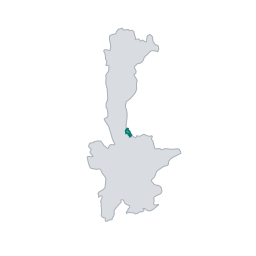 location of Pakxane, Bolikhamxai, Laos, rotated 219°
{"feature_id": "54806243B37917799339304", "entity_name": "Pakxane", "entity_type": "district", "adm_level": 2, "iso_a3": "LAO", "parent_name": "Laos", "parent_adm1": "Bolikhamxai", "projection": "mercator", "projection_center": [103.742, 18.405], "detail": "fine", "context": "in_parent", "style": "filled", "palette": "teal", "viewbox_px": 256, "rotation_deg": 219, "n_neighbors": 0, "source": "geoboundaries", "source_scale": "gbopen_adm2", "svg_char_len": 4773}
<svg xmlns="http://www.w3.org/2000/svg" viewBox="0 0 256 256"><g transform="rotate(219 128 128)"><path d="M94.4,43.9L95.4,45.9L100.4,51.2L101.3,52.6L103.1,53.7L104.6,58.4L105.2,58.7L106.1,58.4L106.7,57.7L107.2,55.9L107.5,55.7L108.1,57.2L109.5,57.7L110.1,58.3L110.3,59.4L110.1,60.6L108.9,63.3L108.2,66.9L113.1,74.5L115.1,75.6L119.9,76.8L123.2,78.5L124.8,78.1L126.2,76.2L128.0,75.2L131.2,73.5L132.2,73.4L134.0,74.1L136.9,76.0L141.4,79.6L141.2,80.5L140.4,81.4L138.0,82.8L137.3,83.8L137.7,84.1L139.7,84.3L142.1,85.1L142.8,86.1L143.2,88.2L143.6,88.6L145.8,88.3L146.5,88.6L147.2,89.3L148.0,91.1L148.0,92.4L145.8,94.7L145.6,96.1L144.4,97.8L141.5,100.5L140.7,100.7L135.2,99.2L130.8,99.4L130.5,100.0L131.2,101.6L131.4,103.3L130.7,104.5L128.2,106.2L128.1,106.9L128.7,107.6L132.3,109.1L143.9,117.0L149.2,118.6L151.6,119.6L152.2,120.1L152.2,120.8L151.5,121.7L151.0,123.3L151.0,124.2L151.6,125.1L152.5,126.4L155.8,129.4L158.1,130.2L160.6,133.6L161.4,136.6L162.6,138.5L168.6,145.0L173.7,149.0L176.7,153.3L178.1,154.3L178.6,155.8L179.0,160.3L180.7,162.6L181.1,163.5L181.8,164.2L182.7,164.3L184.4,162.8L184.8,163.0L185.6,165.4L186.3,166.3L189.0,167.7L191.8,170.6L193.3,171.6L195.2,172.4L195.5,173.3L195.2,174.3L194.6,174.9L191.3,176.5L190.8,177.2L193.0,180.9L198.5,185.4L200.2,188.1L199.8,189.4L198.3,192.0L197.2,192.7L196.9,193.6L197.7,195.7L197.6,199.0L196.6,199.8L195.6,201.8L194.9,202.0L193.3,201.2L189.8,204.7L188.2,204.5L186.5,206.5L184.2,206.7L182.6,205.3L179.3,203.0L178.1,201.5L177.1,202.8L175.3,204.0L172.8,203.5L172.2,205.3L171.7,205.6L168.7,205.9L168.1,206.2L168.6,207.8L170.4,210.4L170.9,212.0L169.8,214.5L166.7,214.4L165.3,213.4L163.5,211.3L159.5,209.9L156.9,210.8L156.1,210.8L154.1,209.0L153.3,207.8L152.9,206.1L155.9,204.7L157.5,203.6L158.5,202.5L158.9,201.3L159.4,196.3L159.8,194.5L159.6,192.3L158.8,190.6L158.8,188.1L159.2,186.0L160.4,185.0L161.2,183.5L161.6,180.1L161.3,179.3L160.1,178.5L158.2,177.7L157.0,176.7L156.5,175.5L156.6,174.5L157.1,173.6L155.7,172.5L152.2,171.4L150.3,170.1L149.9,168.6L148.4,166.5L145.9,164.0L144.6,160.4L144.5,155.7L144.8,151.8L145.8,147.3L144.4,144.1L142.8,142.4L140.5,141.1L138.4,139.3L136.4,137.0L134.0,133.5L131.2,128.9L129.3,126.8L128.3,127.3L126.2,126.9L123.1,125.6L120.4,124.8L118.1,124.7L116.6,125.0L115.9,125.7L115.8,126.4L116.4,127.1L116.1,127.7L114.9,128.0L113.9,128.8L112.8,130.5L112.1,132.7L110.9,133.5L109.1,133.7L107.4,134.4L105.7,135.4L104.9,136.2L104.9,136.8L104.6,136.9L103.7,136.6L103.3,135.9L103.4,134.7L102.5,134.0L100.7,133.6L98.7,132.3L94.8,129.2L93.9,129.0L92.6,129.8L90.9,131.6L89.5,132.3L88.5,132.0L87.6,132.6L87.0,134.2L85.9,135.5L80.7,138.9L76.0,143.3L74.8,143.7L71.9,142.5L71.0,141.6L75.0,132.6L75.5,130.4L75.4,127.5L73.8,125.1L73.7,124.4L73.9,123.6L76.0,120.8L78.3,113.5L78.1,111.3L77.1,108.8L76.6,106.4L77.0,103.2L76.8,101.9L75.7,101.3L72.1,100.7L70.1,101.2L69.1,102.1L67.9,102.6L65.6,102.9L63.5,101.8L61.7,100.0L61.2,97.7L63.5,92.8L64.0,91.0L64.0,90.1L63.6,89.1L63.0,89.0L61.9,87.9L60.8,85.8L59.7,84.9L58.7,85.1L57.8,85.8L56.3,87.8L55.8,87.5L57.2,80.7L58.4,77.8L59.9,76.5L61.4,75.9L63.1,76.2L64.5,75.9L65.6,75.2L65.5,74.8L64.2,74.7L63.6,73.9L63.9,72.5L64.5,71.5L65.4,71.1L66.3,69.6L67.1,67.2L68.1,65.9L69.3,65.9L71.4,64.8L74.3,62.7L75.4,60.7L76.5,61.6L76.1,63.9L76.7,64.4L77.0,65.3L76.8,66.6L77.1,67.7L77.5,68.3L78.2,68.5L81.3,67.6L83.2,67.5L86.3,69.2L88.1,68.0L88.1,67.5L86.6,65.9L87.1,59.9L86.9,55.3L84.3,52.0L83.8,50.6L83.5,48.4L82.8,46.5L84.7,45.0L85.6,42.2L86.9,41.5L87.3,41.6L88.9,43.7L90.9,42.7L92.4,42.7L93.7,43.2L94.4,43.9Z" fill="#d9dde1" stroke="#a8b0b8" stroke-width="1"/><path d="M120.9,122.7L120.8,122.8L120.7,122.9L120.6,123.0L120.8,123.1L120.9,123.3L121.1,123.4L121.1,123.5L120.9,123.8L120.9,124.7L121.1,124.7L121.4,124.7L121.5,124.8L121.8,125.0L122.0,125.1L122.3,125.1L122.5,125.1L122.8,125.1L123.1,125.3L123.2,125.5L123.3,125.5L123.5,125.7L123.7,125.8L123.9,125.9L124.0,126.0L124.4,126.3L124.5,126.4L125.0,126.4L125.3,126.3L125.5,126.4L125.8,126.3L126.1,126.3L126.4,126.3L126.5,126.3L126.8,126.5L127.0,126.7L127.1,126.8L127.2,127.1L127.3,127.4L127.4,127.5L127.5,127.6L127.8,127.4L128.0,127.4L128.2,127.1L128.3,127.0L128.3,126.5L128.6,125.7L128.4,125.5L128.4,125.4L128.5,125.4L128.4,125.4L128.2,125.3L128.2,125.2L128.1,124.9L128.1,124.2L127.7,123.8L127.2,123.4L126.8,123.1L126.2,122.6L126.1,122.9L126.1,123.2L125.9,123.2L125.7,123.2L124.8,123.2L124.5,123.4L124.5,123.5L124.4,123.7L124.3,123.8L124.1,123.8L123.8,123.9L123.6,123.9L123.4,123.9L123.3,123.7L123.2,123.5L123.0,123.4L123.0,123.5L122.9,123.5L122.9,123.4L122.7,123.3L122.8,123.3L122.8,123.2L122.9,122.9L122.7,122.9L122.7,123.0L122.4,123.0L122.2,123.2L121.9,123.0L121.8,122.9L121.8,123.0L121.8,122.9L121.7,122.9L121.4,123.0L121.3,122.9L121.2,122.9L120.9,122.8L120.9,122.7Z" fill="#14b8a6" stroke="#0f766e" stroke-width="1.5"/></g></svg>